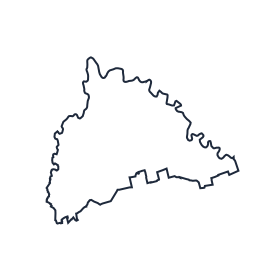 Mesuji, Lampung, Indonesia (Robinson projection), rotated 346°
{"feature_id": "22746128B5734020897269", "entity_name": "Mesuji", "entity_type": "district", "adm_level": 2, "iso_a3": "IDN", "parent_name": "Indonesia", "parent_adm1": "Lampung", "projection": "robinson", "projection_center": [105.324, -3.974], "detail": "fine", "context": "isolated", "style": "outline", "palette": "slate", "viewbox_px": 256, "rotation_deg": 346, "n_neighbors": 0, "source": "geoboundaries", "source_scale": "gbopen_adm2", "svg_char_len": 5731}
<svg xmlns="http://www.w3.org/2000/svg" viewBox="0 0 256 256"><g transform="rotate(346 128 128)"><path d="M223.5,181.7L222.7,182.2L221.8,182.5L220.4,181.5L219.8,180.4L218.5,178.8L217.1,177.8L216.5,177.8L214.5,178.8L213.9,179.4L212.8,180.0L211.3,180.5L209.6,179.5L209.0,178.6L208.3,176.3L208.3,175.7L208.5,175.1L208.8,174.2L210.8,172.4L211.5,171.4L211.8,170.9L212.0,170.1L212.0,169.7L211.4,169.0L209.1,168.5L207.0,168.6L206.2,168.4L205.5,167.5L205.2,166.7L204.7,166.1L204.6,165.9L204.6,164.9L204.8,162.2L204.7,160.7L204.0,160.4L203.4,160.4L202.8,160.6L202.2,161.3L201.9,162.8L201.2,164.1L200.4,165.0L198.9,165.7L197.7,165.3L196.5,164.3L196.1,163.5L195.6,162.8L195.1,161.4L194.5,158.9L194.8,156.7L198.4,155.1L199.3,154.1L199.4,153.2L198.8,152.0L198.2,151.0L197.3,151.0L195.8,151.3L193.8,152.3L192.7,152.2L190.1,150.0L189.3,149.5L188.6,149.6L187.8,150.3L187.7,151.7L187.7,153.6L187.3,154.6L186.7,155.1L186.0,155.2L184.7,155.2L183.5,154.2L183.2,153.2L183.2,152.6L182.9,152.1L182.9,151.7L183.0,151.0L184.2,148.1L185.2,144.7L185.8,143.6L186.9,142.5L189.5,139.3L190.1,137.9L189.1,136.0L187.2,133.4L185.8,130.7L185.3,129.4L185.1,128.1L185.0,126.7L184.0,125.7L181.6,124.6L181.1,124.5L179.8,123.5L179.5,122.6L179.0,121.8L178.9,120.8L179.1,120.2L184.9,119.1L185.0,118.4L184.8,117.7L184.4,117.0L181.6,113.4L180.5,113.6L178.1,117.2L176.3,116.9L175.0,116.1L173.5,115.1L171.5,114.1L171.4,113.8L171.4,113.2L172.5,110.7L173.7,107.9L174.4,105.7L174.1,105.0L170.9,103.4L169.9,102.8L169.5,102.3L168.7,100.9L167.5,99.4L165.5,101.1L164.7,103.0L163.4,104.4L162.2,104.1L162.0,103.9L161.5,103.7L161.2,103.4L160.6,102.8L158.6,99.1L158.0,98.2L157.8,97.6L157.7,96.6L157.8,96.0L159.3,93.6L161.2,90.0L161.5,89.1L161.6,88.4L161.4,87.5L160.9,86.7L160.4,86.3L160.1,86.3L159.4,86.4L157.9,87.1L158.0,86.9L155.8,87.2L155.0,87.1L153.5,87.2L152.8,87.0L152.2,86.8L151.4,86.2L150.8,85.2L150.4,84.3L150.0,82.2L149.8,81.6L149.6,81.3L148.9,80.9L147.8,81.2L145.0,82.8L143.2,83.0L140.2,82.6L139.0,82.8L137.0,82.8L136.5,82.5L135.8,82.3L135.4,81.8L135.2,81.4L135.2,80.3L135.8,78.6L136.1,77.2L136.4,74.1L136.6,72.6L137.0,71.5L136.9,70.2L136.4,69.5L135.9,69.1L132.7,67.6L130.5,67.1L128.0,67.5L124.3,67.7L122.6,68.5L120.9,70.2L120.0,71.5L119.2,72.3L118.5,72.5L118.3,73.0L117.6,73.5L116.5,73.6L115.7,73.3L115.3,73.0L114.6,71.9L113.7,68.9L113.6,66.8L114.0,60.5L113.6,58.6L113.1,57.6L111.2,52.7L110.7,51.9L109.5,50.8L109.1,50.5L108.7,50.5L107.6,50.8L106.2,51.4L105.2,52.1L104.7,53.0L103.9,56.8L103.1,59.4L102.8,59.9L102.0,60.8L101.8,61.4L101.8,62.5L102.0,63.9L102.1,66.5L101.9,68.0L100.9,71.5L100.3,72.3L98.8,73.0L98.4,72.9L96.5,72.1L96.2,72.4L95.9,72.4L95.3,73.1L95.2,73.5L95.1,74.4L95.2,75.8L95.1,78.9L94.9,80.3L94.5,81.3L94.6,82.6L94.7,83.3L95.0,83.9L96.7,85.1L97.1,85.5L97.5,86.0L97.7,86.7L97.6,88.4L97.3,89.4L95.5,92.0L94.1,95.7L93.5,97.6L92.9,98.5L92.2,99.2L90.2,100.1L89.8,100.4L89.3,101.2L88.7,102.7L86.9,105.6L84.2,107.0L83.6,107.1L83.4,107.0L82.1,106.0L81.6,103.0L81.0,102.2L80.4,101.9L79.4,101.9L78.2,102.8L77.3,103.2L77.0,103.2L75.4,102.5L73.7,102.2L72.9,102.6L71.5,103.9L70.3,104.7L66.9,106.3L66.6,106.6L64.0,110.3L64.2,111.6L64.6,112.3L64.7,113.3L64.6,113.6L63.4,115.9L62.7,116.8L60.3,117.1L59.6,116.3L59.3,115.2L59.2,114.9L58.9,114.7L58.7,114.2L55.7,115.7L54.5,118.8L54.8,120.5L55.0,120.9L56.6,121.8L56.6,122.3L56.8,123.2L56.5,127.6L54.4,129.0L54.2,129.3L54.2,130.8L54.7,132.2L53.7,134.1L52.4,136.2L50.5,135.2L49.3,135.4L48.7,136.2L48.5,138.3L47.5,138.5L46.6,141.0L46.6,141.5L46.4,143.3L46.4,143.5L47.3,145.4L47.5,145.3L47.6,145.0L48.2,144.7L48.4,144.7L48.9,144.9L49.3,145.5L49.8,145.8L50.0,146.2L50.7,146.8L50.5,147.0L51.1,148.3L50.4,151.1L49.2,151.9L48.7,151.6L48.3,151.5L48.1,151.7L47.4,150.8L45.8,150.0L44.5,149.9L44.1,150.1L44.0,150.3L43.6,150.5L43.7,150.8L42.9,151.6L42.4,152.5L42.5,156.0L41.1,156.3L40.4,157.4L40.1,158.1L40.2,158.3L40.3,158.2L40.4,158.6L40.1,158.9L40.2,159.4L40.0,159.6L39.8,159.4L39.7,160.1L39.3,160.6L39.1,161.9L38.7,162.1L38.9,162.6L34.5,166.5L34.6,167.1L35.0,167.9L35.0,168.2L34.6,169.2L34.7,169.3L34.8,169.6L35.0,169.9L35.1,170.7L34.9,170.9L35.3,171.3L35.2,171.7L35.4,172.2L35.5,173.0L35.4,173.2L35.5,173.4L35.2,173.8L35.0,174.4L34.7,175.0L34.7,175.3L34.3,175.3L33.5,175.8L33.1,176.3L33.0,176.7L32.7,176.7L32.1,177.4L32.1,177.8L31.7,178.1L31.6,178.6L31.7,178.8L31.4,179.2L31.2,179.9L32.7,180.9L34.6,182.9L34.2,183.1L35.1,184.8L34.2,185.6L36.4,187.6L37.6,190.3L37.0,193.2L35.1,199.9L35.7,200.3L35.9,203.1L36.4,203.6L39.0,203.6L39.6,204.2L41.0,204.3L41.0,202.6L41.5,202.7L41.5,200.9L43.8,199.9L45.6,199.4L47.9,199.2L47.9,200.5L47.0,200.5L47.0,205.5L50.9,202.9L51.2,203.1L53.3,201.5L54.4,204.2L54.9,205.0L55.6,205.5L57.0,205.1L56.5,203.7L57.0,198.5L57.9,198.5L60.3,197.6L61.8,197.3L65.0,195.1L66.8,194.2L68.6,194.2L68.7,193.4L70.0,192.5L71.1,190.5L72.3,189.8L72.7,189.3L73.1,189.2L73.4,188.8L75.0,188.9L77.3,191.2L80.5,193.5L82.0,195.3L82.5,195.7L83.6,195.3L85.3,195.1L93.6,194.8L102.0,186.5L102.9,185.4L104.6,185.8L115.1,186.0L117.4,186.5L117.6,176.3L118.6,176.5L123.5,176.8L123.7,176.1L124.9,174.3L125.4,173.8L125.7,173.7L126.1,174.0L126.7,174.7L127.1,174.9L127.5,174.8L127.5,173.2L129.5,173.2L130.9,173.0L133.9,173.0L134.1,175.4L134.0,178.0L134.0,179.6L133.6,180.6L133.5,186.2L137.0,186.1L137.0,186.5L143.1,186.5L143.4,186.0L144.4,185.7L145.5,185.7L145.7,185.4L145.6,177.9L151.6,177.3L155.6,176.7L155.5,186.1L161.6,186.0L163.0,187.4L165.6,188.1L166.5,188.9L166.5,188.3L172.3,191.7L174.5,192.8L174.9,193.6L176.7,194.2L178.1,194.9L181.4,195.4L182.1,195.9L183.5,197.9L183.6,203.9L186.7,204.4L187.7,204.4L188.6,202.8L196.4,203.5L196.5,198.9L196.8,197.8L196.7,196.8L200.6,196.5L204.3,195.9L204.3,195.3L214.5,194.4L214.9,198.0L224.8,196.2L224.0,186.0L223.7,185.0L223.1,184.0L223.5,181.7Z" fill="none" stroke="#1e293b" stroke-width="2"/></g></svg>